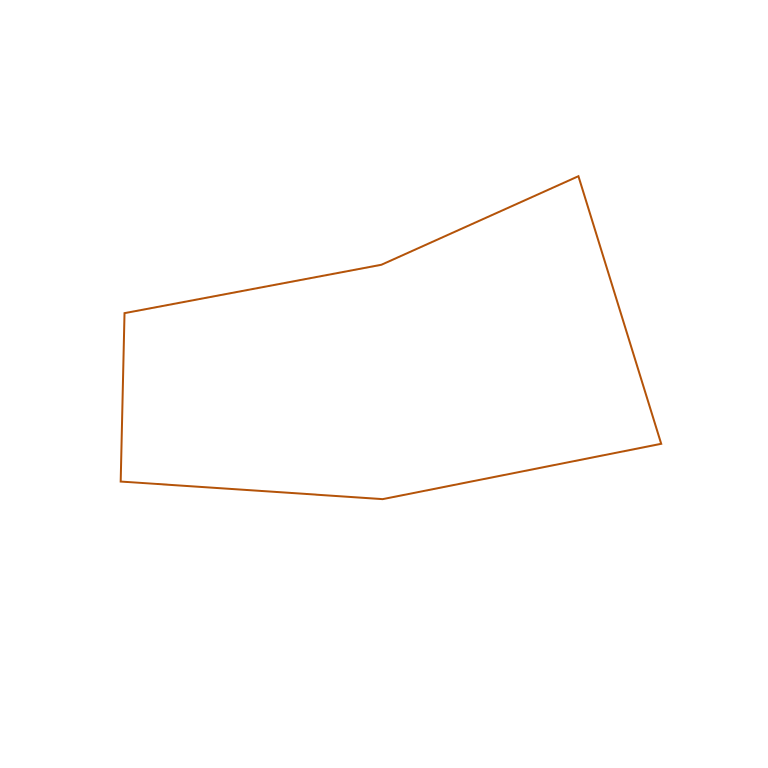 Ngiwal, Mercator projection, rotated 58°
{"feature_id": "PLW-5257", "entity_name": "Ngiwal", "entity_type": "state/province", "adm_level": 1, "iso_a3": "PLW", "parent_name": "Palau", "parent_adm1": "", "projection": "mercator", "projection_center": [134.634, 7.565], "detail": "fine", "context": "isolated", "style": "outline", "palette": "amber", "viewbox_px": 768, "rotation_deg": 58, "n_neighbors": 0, "source": "natural_earth", "source_scale": "10m", "svg_char_len": 249}
<svg xmlns="http://www.w3.org/2000/svg" viewBox="0 0 768 768"><g transform="rotate(58 384 384)"><path d="M581.6,180.6L480.9,446.2L327.2,659.0L186.4,566.5L281.5,323.0L310.8,109.0L581.6,180.6Z" fill="none" stroke="#b45309" stroke-width="2"/></g></svg>